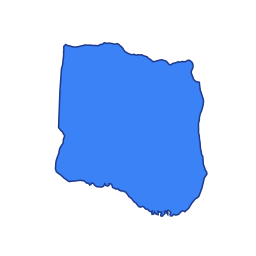 Eldorado, Mato Grosso do Sul, Brazil, rotated 346°
{"feature_id": "56859067B95326418137192", "entity_name": "Eldorado", "entity_type": "district", "adm_level": 2, "iso_a3": "BRA", "parent_name": "Brazil", "parent_adm1": "Mato Grosso do Sul", "projection": "robinson", "projection_center": [-54.224, -23.74], "detail": "fine", "context": "isolated", "style": "filled", "palette": "blue", "viewbox_px": 256, "rotation_deg": 346, "n_neighbors": 0, "source": "geoboundaries", "source_scale": "gbopen_adm2", "svg_char_len": 3208}
<svg xmlns="http://www.w3.org/2000/svg" viewBox="0 0 256 256"><g transform="rotate(346 128 128)"><path d="M194.0,161.7L194.3,160.2L194.8,155.0L195.2,153.2L195.4,149.0L196.0,147.2L196.5,144.7L197.5,140.5L199.0,137.9L199.8,135.2L200.7,133.3L201.9,131.2L203.6,129.0L205.6,125.5L206.7,123.3L207.2,121.9L207.7,120.5L208.0,118.4L207.3,108.5L208.0,102.7L208.3,100.9L205.1,99.3L203.4,96.8L203.2,93.8L202.8,91.3L202.8,89.2L203.4,87.9L204.5,86.6L205.4,85.4L206.0,83.9L206.4,81.9L206.1,80.0L205.2,78.6L204.0,77.1L202.3,76.8L200.6,77.3L198.4,77.4L197.2,76.6L195.7,76.6L194.3,76.7L193.0,75.9L191.2,76.1L189.5,76.3L188.0,76.1L186.4,76.4L184.5,77.1L182.9,75.8L182.1,73.8L181.0,72.2L179.8,71.5L178.3,70.6L177.2,69.9L175.7,69.8L174.3,69.8L173.0,69.8L170.2,70.0L168.2,69.6L167.3,68.2L165.7,66.2L164.4,65.1L163.9,63.7L162.2,62.6L160.4,61.5L159.1,60.3L157.5,60.0L155.4,59.3L153.4,59.3L151.7,57.9L150.0,58.0L148.5,57.3L147.1,56.4L145.9,55.4L144.6,54.2L143.3,52.7L142.7,51.3L142.4,49.8L141.4,47.7L140.1,46.1L139.3,44.6L138.3,43.7L136.6,43.5L135.1,43.4L133.2,42.3L131.4,41.5L129.5,40.9L127.5,40.6L125.6,39.5L124.2,40.2L122.8,40.6L121.2,40.2L119.8,40.9L118.1,40.7L115.6,39.8L113.9,39.5L112.6,38.8L111.3,38.4L109.3,38.0L106.3,37.0L104.7,37.1L102.3,37.1L98.2,37.0L95.9,36.6L93.5,35.6L91.3,34.2L89.6,33.5L87.7,31.9L85.6,33.1L85.1,34.5L84.6,37.0L83.9,38.5L83.5,40.4L82.7,43.3L82.0,44.8L81.4,46.4L80.9,48.0L79.9,50.7L78.8,52.7L77.8,54.3L70.6,76.6L60.7,110.9L61.5,112.4L62.3,114.3L63.5,115.8L63.8,117.7L64.7,120.2L63.4,122.2L62.4,123.8L61.8,125.9L61.0,127.4L59.7,128.4L58.2,129.8L56.6,131.7L55.8,133.3L55.0,135.3L53.8,137.2L53.0,138.3L51.8,140.1L50.8,141.7L50.0,143.2L49.4,144.8L48.2,148.6L47.7,150.0L47.9,153.0L49.5,155.3L51.1,156.9L52.0,158.3L52.9,159.6L53.8,161.1L55.5,163.0L57.0,164.9L58.2,165.9L59.6,165.8L61.3,166.2L62.8,166.3L64.0,166.7L66.3,166.8L67.6,167.0L69.1,167.2L70.8,168.0L72.2,168.4L73.4,169.7L74.5,171.4L76.4,172.2L77.0,174.1L78.3,173.9L79.4,172.4L81.0,173.5L82.0,175.8L83.4,177.3L86.2,178.3L87.7,178.8L89.0,178.9L90.4,178.4L92.0,176.5L92.6,178.3L94.0,179.4L95.7,179.1L96.2,177.4L97.8,178.1L98.6,179.4L98.7,182.0L100.1,183.1L101.4,184.3L103.5,184.5L104.2,186.0L105.3,186.9L106.4,187.6L107.7,187.6L109.1,189.0L110.3,189.6L110.8,190.9L111.7,193.0L112.3,194.8L113.9,196.7L114.8,198.2L115.5,199.9L116.2,201.3L117.7,202.9L118.4,204.8L119.0,206.0L119.9,207.4L121.4,207.8L123.1,207.5L124.3,208.6L125.0,210.0L125.8,211.1L127.5,211.7L128.5,213.6L129.7,214.7L131.4,214.5L130.5,216.1L130.5,217.7L132.3,217.7L133.4,215.8L134.5,218.4L136.3,219.4L136.7,217.5L137.1,216.1L138.7,217.6L140.3,217.8L139.4,219.0L138.5,221.1L139.8,221.9L141.4,220.8L143.2,219.9L143.3,217.6L144.7,217.7L145.0,219.8L145.7,221.5L146.2,220.1L145.9,218.7L146.8,217.5L148.1,218.5L149.1,220.5L147.9,221.8L147.9,223.5L149.4,224.0L151.4,222.8L153.1,224.0L154.8,224.1L156.1,224.0L158.0,222.9L159.7,221.7L161.6,221.7L163.0,223.0L164.5,222.0L166.8,221.0L168.0,220.1L169.2,218.8L171.3,216.8L172.6,215.7L174.1,214.6L175.3,213.6L176.5,213.0L178.3,212.5L180.1,211.6L185.2,204.2L190.0,194.9L193.3,192.0L193.7,190.0L192.9,187.4L192.3,181.0L192.8,178.8L193.7,173.6L193.0,171.5L193.4,168.0L193.3,165.7L194.0,161.7Z" fill="#3b82f6" stroke="#1e3a8a" stroke-width="1.5"/></g></svg>